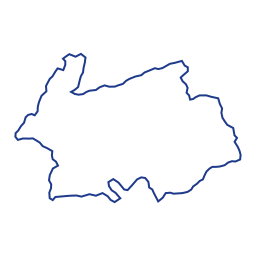 Itaoca, São Paulo, Brazil
{"feature_id": "56859067B84955452405179", "entity_name": "Itaoca", "entity_type": "district", "adm_level": 2, "iso_a3": "BRA", "parent_name": "Brazil", "parent_adm1": "São Paulo", "projection": "robinson", "projection_center": [-48.845, -24.614], "detail": "fine", "context": "isolated", "style": "outline", "palette": "blue", "viewbox_px": 256, "rotation_deg": 0, "n_neighbors": 0, "source": "geoboundaries", "source_scale": "gbopen_adm2", "svg_char_len": 2011}
<svg xmlns="http://www.w3.org/2000/svg" viewBox="0 0 256 256"><path d="M63.0,58.7L65.3,61.2L65.3,64.8L63.3,70.1L57.6,68.4L55.5,71.4L52.4,76.5L49.8,78.8L48.2,81.8L46.0,86.0L46.4,91.3L41.5,95.8L38.9,102.3L37.8,106.8L37.6,111.3L34.7,115.3L31.6,114.0L28.2,114.9L25.7,117.2L24.0,122.8L21.0,126.1L18.2,130.6L15.6,133.2L15.4,136.8L17.9,139.9L22.8,138.5L29.2,138.6L32.9,138.4L36.6,140.6L39.9,142.7L42.6,146.1L47.2,148.2L52.3,151.1L51.9,155.6L52.7,159.2L56.0,161.7L58.0,165.6L52.9,168.5L49.8,175.1L49.0,180.3L51.2,184.3L51.0,188.3L49.3,192.7L49.7,198.2L52.7,200.1L55.4,197.0L64.4,196.2L67.7,195.9L70.8,195.7L76.5,195.5L81.4,196.6L89.5,194.2L95.9,195.7L102.5,193.1L107.7,196.2L110.6,199.9L114.6,202.1L120.3,198.3L115.4,192.7L111.6,190.2L109.0,186.1L108.4,182.1L113.3,179.1L118.5,182.6L124.2,189.5L127.6,190.1L132.0,185.3L137.1,179.4L141.2,177.4L145.2,178.0L148.4,181.9L149.2,187.5L152.3,189.5L153.8,192.9L155.5,196.2L158.2,201.4L162.7,197.8L165.7,193.1L170.3,192.7L173.6,193.7L178.0,193.4L182.3,193.1L187.6,191.9L191.2,189.6L193.2,186.4L196.9,183.8L199.8,180.9L202.9,179.4L204.4,175.7L206.5,171.5L209.6,168.5L212.3,166.9L215.7,166.9L219.8,166.5L224.7,165.2L228.0,162.6L231.9,161.2L235.4,161.5L240.1,159.5L240.6,155.0L239.6,151.1L237.9,147.1L234.6,141.8L237.0,137.9L234.5,135.3L233.2,128.0L227.3,124.9L224.9,121.6L222.5,117.8L221.4,112.8L222.1,108.5L219.8,103.8L218.2,98.3L211.2,96.8L206.4,95.4L199.6,95.4L195.8,97.1L193.1,99.0L190.1,99.6L189.1,95.4L186.6,92.8L187.6,87.9L186.0,84.3L182.6,81.2L180.7,77.5L184.0,74.5L187.8,71.3L187.8,67.3L184.7,65.6L181.9,60.9L174.6,62.9L169.9,63.8L166.6,65.7L162.6,68.0L158.4,69.1L154.9,68.2L150.4,70.1L144.5,72.5L141.3,75.2L135.4,76.5L129.2,79.0L126.1,80.8L122.9,83.9L118.3,85.3L114.9,86.6L109.2,86.7L104.6,85.4L99.6,87.3L95.9,90.0L89.5,90.7L86.3,92.0L83.1,94.1L78.7,94.7L74.9,94.0L71.1,91.9L74.5,90.0L78.1,87.1L79.1,83.0L79.9,79.6L80.9,76.2L83.0,72.5L83.6,67.8L84.8,62.7L85.5,57.5L80.9,53.9L75.6,56.7L69.3,54.2L66.2,56.3L63.0,58.7Z" fill="none" stroke="#1e3a8a" stroke-width="2"/></svg>